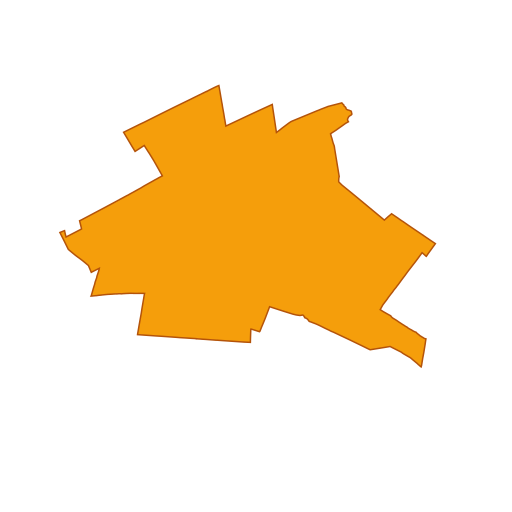 the district of Movila Banului, Buzau, Romania, rotated 155°
{"feature_id": "2599482B74879636835293", "entity_name": "Movila Banului", "entity_type": "district", "adm_level": 2, "iso_a3": "ROU", "parent_name": "Romania", "parent_adm1": "Buzau", "projection": "mercator", "projection_center": [26.693, 44.979], "detail": "fine", "context": "isolated", "style": "filled", "palette": "amber", "viewbox_px": 512, "rotation_deg": 155, "n_neighbors": 0, "source": "geoboundaries", "source_scale": "gbopen_adm2", "svg_char_len": 5139}
<svg xmlns="http://www.w3.org/2000/svg" viewBox="0 0 512 512"><g transform="rotate(155 256 256)"><path d="M323.7,424.1L323.0,417.2L322.1,408.1L321.4,401.9L310.6,403.4L309.5,395.0L309.4,394.7L308.3,385.2L307.0,368.2L311.2,368.0L313.4,367.8L315.7,367.7L316.6,367.6L327.7,366.8L331.9,366.3L333.8,366.2L344.1,365.5L346.0,365.3L347.5,365.3L371.7,363.9L399.2,362.5L401.0,362.5L402.3,355.9L402.7,354.2L420.1,353.5L419.5,356.9L418.8,359.9L423.8,360.2L423.5,350.7L423.3,341.2L420.4,335.1L419.4,333.0L415.2,325.2L411.9,318.2L412.2,310.8L410.5,310.9L403.2,311.1L404.3,309.6L406.1,307.6L408.6,305.0L409.7,303.5L412.3,300.9L413.5,299.5L413.9,298.9L417.1,295.4L422.0,289.7L422.4,289.4L421.5,289.0L420.0,288.5L417.8,287.7L417.3,287.5L415.3,286.9L412.8,286.0L411.8,285.7L406.4,283.8L404.2,282.9L402.7,282.3L400.3,281.4L398.0,280.4L396.1,279.7L395.0,279.2L394.0,278.6L393.1,278.3L392.5,278.1L389.0,276.7L385.4,275.2L381.6,273.3L379.0,272.1L376.1,270.8L373.2,269.4L372.8,269.2L373.0,269.0L376.5,263.9L381.2,257.1L384.2,252.6L387.3,248.2L390.6,243.5L396.5,235.0L396.6,234.8L380.2,225.7L376.5,223.7L368.4,219.2L362.8,216.1L359.5,214.2L355.4,212.0L345.7,206.7L344.7,206.1L344.8,206.0L344.1,205.7L343.6,205.4L343.1,205.1L342.8,205.0L342.7,204.9L341.4,204.2L340.7,203.8L340.2,203.5L339.1,202.9L336.7,201.6L327.8,196.6L326.2,195.8L325.9,195.6L320.5,192.6L304.4,183.7L303.5,183.2L297.6,180.1L297.1,181.1L296.2,182.9L295.5,184.3L292.9,189.4L291.6,191.9L291.1,191.7L284.8,185.9L284.3,186.1L283.1,187.2L280.9,189.3L278.9,191.1L275.0,194.7L273.5,196.1L265.1,204.3L257.8,197.5L253.7,193.7L247.0,187.6L244.5,185.6L241.3,183.5L238.7,182.8L238.3,182.4L238.1,181.8L237.9,180.8L237.7,180.5L237.7,180.2L237.9,179.9L238.0,179.7L237.9,179.5L237.7,179.2L237.3,178.8L237.0,178.6L236.8,178.3L236.4,177.8L236.1,177.0L235.9,176.7L235.6,174.9L235.4,174.3L235.3,174.1L233.7,172.6L232.6,171.4L231.9,170.7L231.3,170.1L229.8,168.5L228.6,167.1L227.6,165.9L226.4,164.4L223.7,161.0L221.7,158.6L221.1,157.9L220.0,156.4L219.2,155.5L218.8,155.0L218.4,154.7L207.1,141.1L198.2,130.2L193.7,124.6L192.6,123.3L192.2,122.8L190.1,122.2L178.8,119.0L172.7,117.3L171.4,115.6L165.0,107.5L164.1,105.8L163.2,104.4L162.9,104.0L161.1,101.4L159.1,98.6L157.6,95.3L157.3,94.7L155.2,90.2L155.0,89.7L154.9,89.3L154.8,89.0L154.6,88.7L154.0,87.4L153.8,86.8L153.6,86.4L153.2,85.7L152.3,86.7L147.9,93.2L147.3,94.0L144.8,97.5L141.8,101.9L139.7,105.0L138.4,107.0L137.0,109.1L138.0,109.9L138.1,110.0L138.3,110.3L138.7,110.8L139.2,111.7L140.0,112.8L140.6,113.8L141.1,114.5L141.7,115.9L142.7,117.8L143.0,118.8L143.1,119.2L144.2,120.3L145.3,121.7L146.4,123.4L146.8,123.9L147.2,124.4L147.7,125.1L148.4,126.1L148.7,126.6L149.0,127.4L149.7,128.4L150.3,129.2L150.8,130.1L152.0,131.9L154.6,136.1L155.2,137.2L155.9,138.4L156.5,139.3L157.1,140.2L157.7,141.1L158.4,142.2L158.7,142.8L159.1,144.1L159.2,145.0L159.5,145.3L161.9,148.6L164.3,152.0L166.1,154.9L161.7,158.1L159.8,159.1L156.2,161.0L154.9,161.7L153.8,162.4L150.6,164.1L147.6,165.6L145.2,167.0L142.4,168.3L141.0,169.1L139.0,170.1L133.6,173.1L132.4,173.7L131.4,174.3L130.7,174.6L128.5,175.8L125.1,177.7L117.9,181.4L113.4,183.7L108.6,186.3L107.0,187.2L106.2,187.6L104.1,188.8L103.0,186.4L102.0,184.0L101.8,183.7L100.1,184.7L99.5,185.1L94.1,188.1L88.2,191.4L92.0,197.7L92.6,198.8L93.9,200.9L94.4,201.8L98.7,209.0L102.9,216.0L105.5,220.4L108.1,224.9L108.8,226.0L109.6,227.3L110.8,229.4L111.0,229.8L115.3,237.0L116.2,236.7L119.3,235.9L123.2,234.7L124.0,234.5L124.5,234.3L129.3,244.5L130.6,247.2L141.1,269.4L148.1,283.9L149.6,287.9L149.5,288.8L148.3,291.1L147.4,292.4L147.0,292.9L146.7,294.0L139.1,321.0L138.9,321.4L138.7,322.4L138.5,323.3L138.5,324.1L138.4,324.9L138.3,326.1L138.1,327.3L137.9,328.4L137.7,329.5L137.5,330.6L137.3,332.5L137.1,333.6L136.9,334.6L136.9,335.1L136.8,335.3L136.7,335.3L136.3,335.3L135.5,335.5L134.6,335.6L129.7,336.3L128.8,336.5L125.5,337.1L123.2,337.5L119.6,338.2L118.3,338.4L115.5,338.6L115.6,339.4L115.6,340.1L115.5,340.6L115.3,341.1L114.9,341.7L114.5,342.0L114.1,342.3L113.8,342.5L113.3,342.9L112.7,343.2L112.1,343.3L111.5,343.4L111.0,343.5L110.4,343.5L110.1,343.6L109.7,343.7L109.3,343.9L109.2,344.0L109.0,344.4L109.0,344.7L108.9,345.2L108.7,345.9L108.6,346.2L108.6,346.7L108.6,346.9L108.6,347.2L108.7,347.4L108.8,347.5L109.0,347.6L109.4,348.0L109.9,348.6L110.5,349.1L110.8,349.4L111.3,349.8L111.8,350.5L112.1,351.1L112.1,351.7L111.9,352.2L112.0,353.1L112.1,353.3L112.3,353.8L112.7,354.3L112.7,355.2L112.6,355.8L112.9,356.5L113.1,357.0L113.4,357.9L113.5,358.5L125.9,360.8L127.5,361.1L129.3,361.2L135.2,361.6L138.0,361.7L138.9,361.8L150.2,362.3L166.2,363.0L167.6,363.0L170.2,362.6L171.6,362.3L178.7,360.8L181.0,360.2L185.3,359.3L181.1,373.4L178.2,383.3L177.2,386.5L192.9,386.6L194.8,386.6L199.5,386.6L204.2,386.6L227.3,386.5L228.4,386.5L228.2,387.1L227.8,388.8L227.4,390.2L226.7,392.6L226.5,393.6L225.1,398.5L223.3,405.3L222.5,408.0L222.0,410.1L221.5,411.8L220.6,415.2L220.0,417.3L217.6,426.2L219.5,426.3L222.5,426.3L226.0,426.2L229.4,426.1L230.7,425.9L230.7,426.0L231.0,426.1L245.7,425.8L249.0,425.7L249.4,425.7L266.9,425.4L283.1,425.0L300.9,424.5L305.3,424.5L314.4,424.3L323.7,424.1Z" fill="#f59e0b" stroke="#b45309" stroke-width="1.5"/></g></svg>